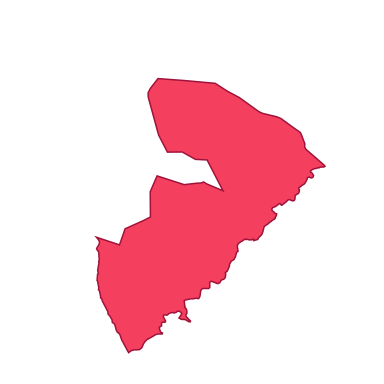 Abejones, Oaxaca, Mexico, rotated 63°
{"feature_id": "50627088B68012167176325", "entity_name": "Abejones", "entity_type": "district", "adm_level": 2, "iso_a3": "MEX", "parent_name": "Mexico", "parent_adm1": "Oaxaca", "projection": "mercator", "projection_center": [-96.608, 17.49], "detail": "fine", "context": "isolated", "style": "filled", "palette": "rose", "viewbox_px": 384, "rotation_deg": 63, "n_neighbors": 0, "source": "geoboundaries", "source_scale": "gbopen_adm2", "svg_char_len": 4417}
<svg xmlns="http://www.w3.org/2000/svg" viewBox="0 0 384 384"><g transform="rotate(63 192 192)"><path d="M229.0,76.6L228.7,76.9L228.1,77.3L227.3,77.2L226.7,75.4L226.7,73.0L227.5,70.1L227.6,68.8L228.2,67.5L227.9,66.9L229.6,63.0L229.5,61.8L228.7,61.9L227.7,62.2L205.7,71.1L204.7,71.0L202.9,71.2L200.4,69.6L190.4,68.5L188.3,68.4L179.2,73.2L166.9,79.4L163.8,82.0L153.9,93.5L150.5,96.1L129.3,107.0L118.1,114.8L105.7,122.0L105.0,123.1L89.4,147.9L75.5,170.8L80.8,182.1L83.7,186.1L85.6,187.0L87.5,187.9L126.1,195.9L145.3,195.8L151.9,182.6L164.5,174.1L170.3,164.0L205.0,163.8L191.1,175.5L188.4,177.0L188.0,180.2L186.8,182.5L181.9,195.6L161.8,215.8L172.8,229.1L195.4,240.4L195.4,248.1L194.4,268.3L206.2,280.6L188.9,297.7L191.2,297.2L192.8,296.9L195.2,297.4L197.2,299.5L198.1,301.4L199.4,302.9L203.3,302.4L207.3,304.2L210.1,305.3L211.9,306.9L212.9,307.0L214.9,308.6L219.3,311.8L221.4,312.1L222.0,313.1L223.2,314.0L227.8,316.8L228.5,316.6L233.5,318.1L235.0,318.5L236.6,319.7L237.7,319.3L242.4,320.5L245.0,321.5L246.5,320.8L248.0,321.4L249.8,321.4L260.3,321.3L262.6,322.2L265.6,321.5L269.7,321.3L271.9,322.2L274.5,321.0L276.7,321.3L280.6,322.2L283.5,322.1L284.1,321.4L286.5,321.0L289.0,321.4L291.9,321.8L304.0,321.5L306.4,321.4L306.0,319.2L305.8,318.1L306.0,317.2L306.2,316.5L306.5,314.7L307.1,313.9L308.5,310.7L308.5,309.8L307.9,307.3L305.7,304.7L304.2,302.4L302.8,298.3L303.1,297.8L302.8,291.7L302.6,289.3L302.8,287.8L303.4,286.0L305.0,283.0L304.3,282.3L302.7,283.5L299.9,283.3L297.6,282.4L297.5,279.9L295.3,278.8L294.5,277.9L294.7,276.7L295.3,276.2L295.8,275.4L295.4,274.4L294.9,274.1L290.9,274.2L289.6,273.9L288.8,273.1L289.1,272.1L290.4,270.2L289.8,267.1L290.5,264.1L291.7,262.9L292.0,260.7L291.7,259.0L292.0,258.1L293.9,256.5L295.5,256.3L296.6,257.6L298.3,260.8L300.4,259.5L301.3,258.4L301.8,257.1L303.1,255.6L306.2,253.7L306.9,252.4L306.2,251.9L305.1,252.2L304.1,252.8L302.5,253.0L301.7,253.3L300.8,253.7L299.8,253.6L298.6,253.3L297.8,251.6L296.2,250.8L294.8,250.3L292.9,250.3L291.1,250.9L290.5,250.0L289.7,250.0L285.2,248.2L285.2,247.3L286.6,241.6L287.8,239.3L288.2,237.7L288.5,236.6L289.0,235.8L289.9,234.9L289.7,233.7L288.2,232.0L283.7,228.9L282.8,226.6L283.7,224.5L285.6,221.0L285.1,219.5L283.2,218.5L281.0,217.5L280.2,216.4L280.5,215.1L282.9,212.9L285.1,211.0L285.5,210.1L285.4,208.3L283.9,206.1L283.8,205.1L284.2,203.3L283.6,201.8L283.1,201.0L280.6,199.3L279.0,199.0L278.6,196.7L276.2,193.6L274.6,191.9L273.6,191.6L271.5,188.4L271.4,187.2L271.2,185.2L269.4,182.7L266.1,179.7L265.8,179.0L265.8,177.9L263.1,177.0L261.4,176.5L259.5,175.2L258.8,173.2L258.6,171.7L258.1,166.0L259.0,165.3L259.5,163.8L260.6,162.9L261.9,160.1L261.6,158.9L263.5,158.9L263.4,157.9L263.8,157.0L263.7,156.5L263.8,156.2L264.0,155.7L264.1,155.3L264.1,154.9L263.8,154.5L263.0,153.5L262.0,150.2L261.3,148.8L259.6,146.9L257.7,145.3L256.6,144.3L256.0,143.8L255.6,143.1L255.3,141.8L255.1,140.7L254.9,138.4L254.8,137.9L254.6,137.4L254.1,136.9L254.3,135.8L254.2,135.2L254.0,134.2L253.7,133.5L253.7,133.1L253.6,131.4L253.4,130.2L253.1,129.6L252.6,129.6L251.9,128.6L251.5,127.8L251.2,127.4L250.8,127.0L250.3,126.8L249.9,126.6L249.7,126.5L249.4,127.2L249.2,127.2L248.9,127.5L248.4,127.8L247.5,127.9L246.6,128.4L245.4,128.8L244.3,129.0L243.9,128.8L243.3,128.4L243.0,128.1L242.9,127.8L242.7,127.6L242.6,126.9L242.6,126.4L242.6,125.8L242.7,125.4L242.8,125.2L242.9,124.2L242.8,123.9L242.7,123.4L242.7,123.0L242.7,122.7L242.5,122.2L242.4,121.4L242.1,120.2L242.1,119.4L242.2,119.2L242.2,118.9L242.5,118.8L242.8,118.8L243.2,118.8L243.4,118.7L244.1,118.4L244.5,118.2L244.6,117.8L244.4,117.2L244.3,116.7L244.2,116.4L244.0,115.3L244.1,115.0L244.1,114.7L243.9,114.3L243.5,113.6L243.4,113.2L243.6,112.7L243.5,112.0L243.1,111.6L242.9,111.1L242.7,110.3L242.8,109.5L243.0,108.8L243.4,108.2L244.0,107.8L244.8,107.2L245.3,106.7L245.6,106.2L245.8,105.7L246.0,105.0L246.0,104.7L245.9,104.5L245.5,104.0L245.1,103.6L243.6,102.6L242.5,102.1L242.1,101.7L241.6,99.9L241.7,98.3L241.1,97.0L240.6,96.6L240.1,96.2L239.6,95.7L239.3,95.5L238.9,95.3L238.7,95.5L238.4,95.6L238.2,95.6L237.2,95.1L236.7,94.9L236.6,94.3L236.6,93.5L236.5,92.3L236.1,91.6L236.0,91.2L236.0,90.5L236.0,89.6L235.9,88.6L235.5,87.5L234.9,86.5L234.4,85.7L233.7,84.7L233.1,83.9L232.4,83.3L231.6,82.7L231.5,82.4L231.8,81.2L232.0,80.8L232.7,80.2L232.9,80.0L233.4,79.6L233.7,79.2L233.8,78.7L233.9,78.2L233.7,77.5L233.1,76.7L232.5,76.2L231.0,76.3L229.0,76.6Z" fill="#f43f5e" stroke="#9f1239" stroke-width="1.5"/></g></svg>